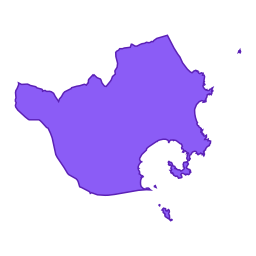 Cam Ranh, Khánh Hòa, Vietnam (Mercator projection)
{"feature_id": "81297802B88990967828920", "entity_name": "Cam Ranh", "entity_type": "district", "adm_level": 2, "iso_a3": "VNM", "parent_name": "Vietnam", "parent_adm1": "Khánh Hòa", "projection": "mercator", "projection_center": [109.22, 11.898], "detail": "fine", "context": "isolated", "style": "filled", "palette": "violet", "viewbox_px": 256, "rotation_deg": 0, "n_neighbors": 0, "source": "geoboundaries", "source_scale": "gbopen_adm2", "svg_char_len": 5907}
<svg xmlns="http://www.w3.org/2000/svg" viewBox="0 0 256 256"><path d="M55.8,154.6L57.2,157.3L64.0,167.4L67.6,173.4L68.7,174.6L76.0,178.7L77.2,179.9L78.1,181.5L79.6,186.5L80.0,187.0L81.3,187.4L89.0,191.4L89.7,191.9L90.3,193.4L91.6,192.7L97.4,194.8L105.1,195.3L108.3,195.2L114.8,194.4L138.4,190.3L146.5,189.7L150.4,189.9L149.8,189.5L149.3,188.6L148.2,188.0L146.3,188.2L146.3,188.8L145.5,189.1L143.5,188.7L141.2,186.6L140.6,184.6L140.5,182.4L140.7,179.9L141.5,178.1L141.1,177.5L141.6,176.9L142.4,177.1L143.2,176.7L142.7,175.9L140.7,175.1L140.2,174.2L139.3,174.0L139.3,173.3L139.7,172.3L139.4,171.2L138.7,170.4L138.1,168.6L138.2,168.1L138.6,168.1L138.1,167.6L138.2,166.6L139.1,164.4L140.9,162.0L141.5,162.0L142.3,161.5L140.9,161.7L140.2,160.9L139.6,159.3L139.8,158.1L141.9,154.4L146.4,150.1L146.6,148.6L148.5,146.9L156.7,141.4L157.1,141.5L158.0,140.6L159.6,140.0L163.2,139.2L165.9,139.3L167.9,140.2L168.5,141.2L168.6,142.4L168.9,142.5L170.0,140.5L170.6,140.1L173.3,140.0L173.5,140.5L174.2,140.1L176.1,140.5L180.4,143.8L181.4,144.0L182.4,146.3L181.6,147.4L181.8,148.8L182.4,148.7L183.2,149.3L183.9,150.7L185.3,150.8L185.7,151.4L186.8,152.1L187.3,152.8L187.1,153.1L187.9,152.8L188.4,153.1L188.5,153.5L187.6,154.1L187.7,154.4L187.2,155.1L187.3,156.6L186.7,158.1L187.3,159.5L187.9,159.9L187.8,161.0L189.2,160.4L189.5,159.5L190.2,158.9L190.2,158.7L189.4,158.5L189.7,157.1L189.3,155.4L190.8,154.7L192.3,152.2L194.3,151.3L195.8,151.4L196.6,152.2L196.7,152.8L196.4,153.2L196.9,153.2L197.7,154.5L198.1,154.7L198.9,153.9L199.8,154.0L200.5,153.1L201.9,153.6L202.1,154.5L202.6,154.1L203.9,154.0L204.3,153.3L203.7,153.0L204.1,151.8L203.7,151.6L204.4,150.5L205.5,149.9L205.7,148.6L207.3,146.6L209.4,145.5L209.4,144.7L210.4,143.2L210.6,141.1L209.0,140.6L208.0,140.7L208.2,139.1L207.6,139.4L204.7,139.5L205.2,138.5L206.5,137.1L206.4,135.2L204.9,136.1L203.6,135.7L203.4,135.3L203.7,135.1L203.8,134.4L203.3,134.0L202.9,134.1L202.8,133.7L202.3,133.8L202.4,133.1L201.8,132.3L201.4,132.6L200.8,132.1L200.9,131.6L202.4,130.8L202.6,130.0L202.1,130.3L201.6,129.6L200.9,129.7L201.2,128.5L198.8,126.7L198.6,125.8L197.7,125.5L197.1,124.4L196.9,123.5L197.5,122.7L196.7,121.4L195.5,117.7L194.8,114.0L194.6,110.6L194.7,109.1L196.5,104.6L199.3,101.6L201.7,100.6L203.5,101.1L203.7,101.6L203.3,102.2L204.8,102.0L204.9,101.1L205.4,101.6L205.9,101.6L206.1,101.0L205.6,100.1L206.0,99.4L205.9,98.6L206.7,97.4L207.3,94.7L208.5,94.1L209.1,94.7L209.8,93.7L211.2,94.7L212.0,92.9L211.5,91.8L212.8,91.1L212.8,90.5L211.8,90.4L211.8,89.7L212.7,87.7L211.9,88.1L211.8,88.5L211.0,89.0L210.0,89.2L209.2,90.4L208.0,90.6L206.8,90.2L206.8,89.6L205.8,89.9L204.5,88.8L203.5,87.4L203.1,86.6L203.1,85.3L203.6,84.9L204.5,85.0L204.9,84.5L204.5,83.9L203.9,84.3L203.5,83.9L203.5,83.1L204.4,81.6L204.3,81.4L203.8,81.6L204.6,76.7L204.1,75.2L202.6,75.1L203.2,73.7L203.0,73.1L202.3,73.3L201.4,72.8L199.8,73.6L198.9,73.2L198.2,72.3L198.4,72.0L198.0,71.9L197.8,71.0L197.4,70.9L196.8,71.2L196.3,70.9L196.4,70.6L195.8,70.3L193.6,71.2L192.4,72.6L191.9,72.7L190.4,72.0L187.4,69.2L182.6,62.9L179.9,57.0L177.8,54.2L174.0,48.1L167.4,35.3L156.8,38.4L154.0,40.4L152.9,41.7L151.4,41.5L150.3,42.4L148.9,42.7L146.4,42.3L144.6,43.3L142.0,43.7L140.0,44.5L137.0,46.1L135.1,46.1L132.1,44.3L131.3,44.2L130.3,47.3L124.3,48.0L122.4,48.7L119.7,48.7L118.7,50.1L116.7,51.2L115.7,52.4L115.9,56.6L117.6,63.3L117.1,67.3L115.1,70.4L114.9,71.1L115.3,74.1L112.5,76.5L111.3,79.8L110.4,81.2L106.2,86.4L104.6,86.2L103.6,85.1L101.9,82.8L101.0,80.0L100.4,79.0L97.1,77.7L94.0,74.8L93.3,75.6L92.8,75.0L88.7,79.4L88.4,80.4L88.3,82.9L87.8,83.0L86.4,85.1L84.6,84.3L83.9,84.4L79.9,85.7L76.8,86.2L71.6,87.7L71.1,88.6L64.7,91.8L63.3,93.3L61.5,96.6L59.5,98.9L58.6,101.5L55.2,96.4L53.6,93.3L51.4,91.8L49.6,91.3L46.5,91.4L45.2,90.5L44.0,90.6L42.6,91.2L42.4,89.8L41.8,89.2L37.0,87.9L35.7,86.7L30.2,85.4L28.6,84.5L27.4,84.1L21.5,84.4L18.5,82.9L18.7,83.8L18.5,85.1L17.1,88.5L15.9,90.5L15.5,92.6L16.0,97.9L15.4,99.5L15.4,101.3L16.2,102.7L15.4,105.4L15.7,107.0L17.8,110.1L25.3,117.0L28.5,119.5L29.4,119.8L38.9,119.8L40.2,120.6L42.0,122.4L46.5,127.4L48.1,128.2L50.5,133.3L52.2,137.9L55.8,154.6ZM169.0,161.4L168.6,161.5L168.3,162.4L168.8,163.6L168.5,164.5L169.3,165.3L170.2,164.9L171.5,166.0L170.9,168.4L171.7,169.4L171.1,170.3L170.2,170.4L170.5,170.7L171.2,170.7L170.7,171.9L171.1,172.9L171.4,173.1L171.8,172.8L172.6,172.8L172.9,173.4L172.7,173.9L173.5,174.3L173.7,175.2L175.8,176.4L177.0,176.1L178.0,177.2L178.5,178.2L181.0,177.8L181.8,177.4L181.8,176.2L181.2,175.5L180.9,174.4L181.9,173.3L183.5,173.5L184.9,174.5L185.5,174.3L185.8,174.9L186.7,174.2L187.2,174.4L187.7,174.2L188.6,174.6L189.2,174.2L189.8,173.4L189.8,172.5L190.5,172.3L190.0,171.6L190.6,171.7L190.4,170.5L189.7,169.5L188.6,169.4L187.2,168.4L186.8,168.4L186.3,167.6L187.0,166.1L188.4,164.0L187.5,162.2L186.5,161.8L186.1,162.0L186.0,162.4L185.1,162.1L183.8,162.5L183.1,164.6L183.6,166.1L183.3,166.8L184.2,167.4L184.2,168.7L182.1,170.6L180.8,171.0L179.8,169.9L178.0,169.8L176.3,169.0L176.3,168.6L174.9,168.5L175.3,167.4L174.6,166.3L173.1,166.0L171.7,162.8L171.2,162.4L170.2,162.3L169.0,161.4ZM163.8,208.5L163.6,208.2L163.1,208.5L162.0,210.0L162.9,210.2L163.2,211.1L163.2,212.5L164.9,213.8L165.1,214.4L164.8,214.9L165.2,216.5L168.1,218.5L169.3,218.3L169.6,217.7L169.4,215.1L169.0,214.9L168.7,213.4L169.4,211.9L169.2,210.3L168.5,209.6L168.0,210.1L167.5,210.2L167.1,211.0L166.4,210.9L165.8,210.5L165.6,208.8L164.9,208.4L163.8,208.5ZM240.0,50.7L239.9,50.0L239.3,51.0L239.2,50.7L238.9,50.8L238.5,52.1L238.9,51.8L239.3,52.4L240.2,52.8L240.6,51.7L240.3,50.7L240.0,50.7ZM171.6,219.4L169.5,219.5L170.7,220.7L172.1,219.9L172.0,219.6L171.6,219.4ZM156.0,187.4L155.3,185.6L154.4,186.1L154.4,186.7L156.0,187.4ZM183.7,152.3L184.0,151.6L183.2,150.9L182.6,152.0L183.7,152.3ZM204.2,154.3L203.5,154.4L203.1,154.7L203.8,155.8L204.4,154.6L204.2,154.3ZM159.6,205.8L159.9,205.0L159.3,204.7L159.0,205.1L159.1,205.4L159.6,205.8Z" fill="#8b5cf6" stroke="#5b21b6" stroke-width="1.5"/></svg>